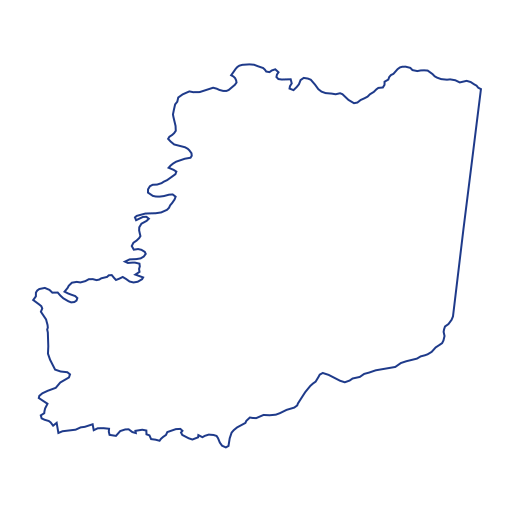 Mundo Novo, Goiás, Brazil, rotated 271°
{"feature_id": "56859067B59704629353682", "entity_name": "Mundo Novo", "entity_type": "district", "adm_level": 2, "iso_a3": "BRA", "parent_name": "Brazil", "parent_adm1": "Goiás", "projection": "equal_earth", "projection_center": [-50.198, -13.778], "detail": "fine", "context": "isolated", "style": "outline", "palette": "blue", "viewbox_px": 512, "rotation_deg": 271, "n_neighbors": 0, "source": "geoboundaries", "source_scale": "gbopen_adm2", "svg_char_len": 4484}
<svg xmlns="http://www.w3.org/2000/svg" viewBox="0 0 512 512"><g transform="rotate(271 256 256)"><path d="M419.4,186.5L417.9,183.2L416.3,179.8L413.1,175.5L408.9,174.6L406.2,172.5L401.0,171.4L396.1,170.5L393.6,171.0L384.6,173.3L379.8,173.6L377.4,172.0L375.6,170.1L373.7,167.3L371.6,166.1L368.9,168.7L366.1,172.2L363.5,183.1L362.0,185.9L360.5,187.5L357.6,189.7L355.1,190.0L353.1,188.8L352.0,183.1L348.9,174.5L347.0,171.5L344.9,169.0L342.7,167.1L340.7,172.1L339.0,174.9L336.4,174.0L330.3,165.8L328.7,162.5L327.2,160.3L325.7,155.9L325.4,151.4L323.9,148.7L320.8,146.9L317.5,146.9L314.3,151.8L313.7,154.9L313.7,158.6L314.3,162.8L315.8,168.0L316.1,171.6L313.9,174.6L311.1,173.6L307.5,171.2L305.2,169.3L302.7,168.2L300.6,166.2L297.9,160.4L297.0,154.9L296.7,148.1L296.5,144.6L295.5,141.1L294.0,136.0L292.5,134.3L289.7,135.5L293.1,142.3L293.3,145.7L291.4,148.2L289.2,146.0L286.3,140.9L282.7,138.8L279.6,138.7L277.0,139.3L273.9,140.1L271.9,138.9L269.4,136.4L267.1,133.2L263.8,131.6L260.2,133.7L260.9,138.0L260.2,141.3L258.2,144.7L256.2,145.7L253.5,143.8L251.6,140.7L250.8,136.3L250.4,129.7L248.1,125.1L246.8,128.0L247.2,132.1L247.3,135.0L246.3,139.6L243.6,140.0L241.0,139.3L238.1,139.8L235.3,135.7L233.6,140.6L232.6,143.5L230.8,142.5L228.2,138.2L227.4,134.0L228.3,130.0L230.8,126.4L232.7,123.1L230.9,119.6L229.6,116.4L231.7,114.4L234.4,112.1L234.1,109.1L232.5,107.5L231.0,101.7L229.7,99.7L229.1,97.0L230.0,93.3L229.9,89.3L227.9,85.8L226.5,80.9L227.0,77.2L226.1,72.4L223.0,69.3L220.8,68.2L217.0,65.2L215.3,68.7L214.2,71.7L212.8,75.9L210.8,78.1L208.3,77.3L206.8,75.2L206.4,72.0L207.5,69.1L210.4,64.0L213.0,61.1L216.0,58.4L215.8,53.0L218.5,50.1L220.4,45.4L219.2,39.9L217.7,37.9L215.6,36.6L211.8,36.6L208.1,34.0L203.9,39.9L202.1,42.2L199.8,43.2L196.5,41.9L188.9,47.2L183.3,48.8L180.7,49.1L178.8,48.5L175.9,49.2L162.1,49.9L154.7,49.7L148.7,51.9L138.9,57.1L137.1,62.7L136.5,69.4L134.4,72.1L131.3,71.1L126.1,62.5L120.7,58.1L117.6,50.1L115.0,44.8L112.4,41.8L110.2,41.3L104.6,50.1L99.9,47.8L97.1,47.2L95.1,47.0L92.9,43.6L89.9,44.5L88.6,47.4L87.4,51.7L86.0,53.6L82.8,56.1L85.7,59.6L75.6,61.5L77.4,65.6L79.2,78.7L81.6,83.7L82.2,87.8L84.9,95.6L82.9,96.0L79.0,96.8L81.0,100.8L81.2,106.5L80.7,112.1L77.7,111.9L74.6,112.7L73.7,119.1L78.6,123.3L80.3,128.3L80.5,131.7L77.8,135.4L76.9,138.9L79.1,138.5L80.3,145.3L79.6,149.4L75.8,149.6L74.8,152.6L71.1,154.3L70.6,158.7L69.6,162.8L71.6,164.2L73.5,166.3L75.5,169.1L78.4,170.4L79.9,174.5L81.5,178.9L81.8,183.4L79.9,185.5L78.2,184.1L75.8,185.4L72.6,191.8L71.4,195.6L73.7,201.3L75.9,201.5L73.9,205.6L75.3,208.0L76.6,211.9L76.3,216.7L75.4,219.7L73.2,221.2L68.8,223.1L65.7,225.4L64.1,229.2L65.6,231.8L73.3,232.9L79.0,234.7L81.5,236.8L84.3,240.1L88.9,248.3L91.0,249.2L94.4,252.7L94.0,255.4L93.9,259.0L97.2,266.3L97.0,272.3L97.7,278.6L99.3,282.7L102.7,289.3L105.1,296.9L107.3,299.8L109.3,300.5L118.2,306.0L120.9,307.7L127.1,312.6L129.5,315.2L131.4,317.8L136.2,320.6L138.5,321.8L140.2,324.8L138.4,330.7L135.6,336.4L132.7,342.3L131.3,347.0L133.1,351.8L135.2,354.7L136.9,361.9L140.0,366.2L141.4,371.1L143.8,377.7L147.5,397.2L151.5,402.7L153.4,408.1L156.2,418.7L158.5,422.4L159.7,426.7L160.7,429.3L163.2,433.3L167.7,437.2L172.1,443.6L174.8,444.9L179.3,445.9L183.4,444.9L185.9,445.3L188.8,446.2L191.3,449.6L195.5,452.6L199.0,454.0L286.1,462.9L352.0,470.0L391.4,474.2L426.8,478.0L428.1,475.3L430.2,473.5L431.4,471.2L433.7,467.6L434.8,463.5L434.0,460.3L433.1,456.7L435.2,452.2L436.0,447.0L435.6,443.9L436.1,438.0L437.5,433.9L438.8,431.5L441.0,429.3L444.4,424.4L444.6,420.8L444.4,417.3L443.7,414.1L444.6,409.2L446.8,407.0L447.9,402.3L447.8,399.1L447.1,396.7L445.3,394.3L440.5,390.2L439.3,387.8L437.3,386.1L434.7,385.2L432.5,381.5L429.4,381.5L426.7,379.9L426.2,375.4L424.7,373.4L422.1,370.9L419.7,367.1L417.3,364.8L415.6,361.7L413.8,357.9L411.2,354.7L410.5,351.3L413.7,345.7L419.3,339.6L420.2,337.2L419.1,332.8L419.7,328.8L420.1,322.7L421.5,318.6L423.9,315.4L428.4,312.0L433.2,307.7L434.3,304.8L434.9,300.6L432.7,297.5L430.8,296.8L428.4,295.9L425.6,293.7L422.5,290.6L424.0,286.6L426.4,287.0L429.2,288.7L433.3,287.6L432.9,278.7L433.3,275.3L435.3,273.3L437.8,273.8L440.1,275.3L443.0,272.0L441.8,268.6L440.1,266.3L440.6,263.0L442.5,261.6L444.1,259.8L445.8,254.5L447.2,250.7L447.5,246.1L446.9,239.0L446.0,236.0L444.7,234.1L442.9,232.5L438.9,229.8L436.3,228.0L435.1,230.3L433.5,232.0L431.2,233.1L429.1,233.5L426.8,231.9L421.5,225.8L420.5,223.5L420.5,220.2L421.4,216.5L422.6,213.8L423.5,210.2L418.9,196.8L418.7,190.4L419.4,186.5Z" fill="none" stroke="#1e3a8a" stroke-width="2"/></g></svg>